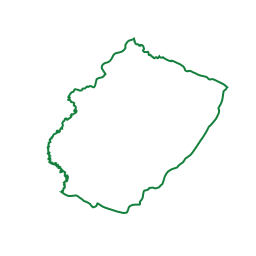 the district of Romeas Haek, Svay Rieng, Cambodia, rotated 215°
{"feature_id": "14789045B82732978056422", "entity_name": "Romeas Haek", "entity_type": "district", "adm_level": 2, "iso_a3": "KHM", "parent_name": "Cambodia", "parent_adm1": "Svay Rieng", "projection": "albers", "projection_center": [105.801, 11.431], "detail": "fine", "context": "isolated", "style": "outline", "palette": "green", "viewbox_px": 256, "rotation_deg": 215, "n_neighbors": 0, "source": "geoboundaries", "source_scale": "gbopen_adm2", "svg_char_len": 5823}
<svg xmlns="http://www.w3.org/2000/svg" viewBox="0 0 256 256"><g transform="rotate(215 128 128)"><path d="M63.3,131.3L63.3,133.7L63.5,135.4L63.2,136.5L61.5,141.3L61.3,142.4L61.1,144.8L61.1,151.6L61.3,155.5L61.2,156.7L61.4,158.9L61.3,162.6L61.5,167.0L61.8,170.8L62.5,175.6L62.2,176.4L61.6,180.0L61.2,185.8L61.4,187.8L62.1,191.8L62.4,192.9L63.5,194.8L65.0,195.8L65.4,196.6L65.8,201.1L66.4,203.3L66.5,204.1L67.7,206.8L70.5,212.3L70.6,212.8L70.7,213.4L70.1,215.5L70.0,216.2L70.2,217.9L70.1,218.3L73.4,218.6L75.0,218.6L85.4,217.0L86.8,216.5L87.8,215.7L88.5,214.9L89.5,214.4L90.9,214.5L92.6,214.9L93.8,214.6L95.1,214.0L98.6,212.6L101.5,211.8L104.1,211.5L107.1,210.8L108.2,210.8L109.3,210.6L110.6,209.9L111.1,209.5L111.5,208.8L112.9,208.1L113.6,208.0L114.2,208.1L116.2,209.5L117.9,210.1L122.0,210.1L124.7,209.5L127.9,209.0L130.4,208.4L130.8,208.2L130.8,207.6L132.3,206.9L133.6,206.5L136.9,206.0L139.3,205.9L140.0,206.0L140.2,205.3L141.4,204.5L142.4,204.3L143.5,204.7L143.5,202.4L143.8,202.1L144.5,202.1L144.7,202.4L145.6,202.0L145.9,201.8L146.3,200.4L146.5,200.2L147.1,200.1L147.8,200.4L148.5,200.1L148.7,200.3L149.6,200.5L150.3,200.3L151.4,200.8L151.8,200.7L152.3,199.9L152.7,199.8L153.7,200.5L154.7,201.7L155.1,201.8L155.4,201.8L155.8,201.5L156.5,200.7L157.1,200.4L157.8,199.8L158.2,199.6L159.5,199.7L160.1,200.0L160.3,200.7L160.1,201.7L160.8,202.5L162.0,203.4L162.9,203.9L163.2,203.9L163.7,203.8L164.3,203.9L165.0,203.5L165.0,202.7L165.7,202.7L165.8,202.2L166.0,201.9L166.7,202.2L167.7,202.3L168.3,202.1L169.0,201.4L169.4,201.3L170.1,201.4L171.5,202.3L172.3,202.5L172.4,203.0L172.9,203.5L173.3,203.7L174.3,204.6L174.6,203.6L177.3,200.1L177.6,199.4L177.8,198.4L177.9,197.3L177.8,194.8L177.5,194.0L176.5,192.8L176.0,191.9L175.9,191.3L176.0,189.6L176.8,187.2L178.2,185.2L179.5,183.8L180.2,183.1L181.0,182.1L181.5,180.8L181.7,179.4L181.2,175.5L181.2,173.3L181.5,171.8L182.1,170.4L182.9,169.5L184.3,167.6L184.9,166.0L185.0,164.3L184.7,163.5L184.2,162.4L183.1,161.6L181.0,160.7L178.3,159.6L177.5,159.4L177.3,158.9L177.6,158.5L177.7,158.0L177.6,157.0L177.8,155.9L178.2,154.8L180.4,152.4L181.7,150.2L181.3,148.9L179.4,144.2L179.2,143.3L179.2,141.9L179.6,141.6L180.2,141.3L182.0,141.1L182.8,140.8L183.5,140.3L183.9,139.1L184.3,138.7L185.0,138.7L185.3,138.4L185.5,138.0L185.8,136.3L186.0,135.6L187.5,134.5L187.8,134.1L187.5,132.5L188.2,131.5L188.8,131.1L191.6,130.3L193.6,129.4L193.8,128.9L193.8,128.3L193.6,127.3L193.5,126.4L193.9,125.8L194.5,125.2L194.7,124.6L194.9,123.0L194.7,120.8L194.7,119.5L194.5,119.1L193.4,119.6L193.1,119.5L192.9,119.0L192.9,118.2L193.3,117.2L193.2,116.8L192.6,116.9L191.3,117.6L190.9,117.6L189.5,116.6L187.9,117.4L186.8,117.6L186.3,117.5L185.9,116.8L185.6,115.8L185.3,115.4L184.8,115.4L183.7,115.6L183.3,115.5L182.8,115.2L182.5,114.8L182.2,114.2L181.8,112.6L182.0,111.6L181.9,111.2L181.5,111.3L181.1,112.5L180.6,112.8L180.2,112.7L179.6,111.9L179.5,111.3L179.6,110.6L180.5,108.8L180.9,107.4L182.1,106.9L182.1,105.4L181.0,105.0L181.0,104.5L181.2,103.2L182.0,101.5L182.4,100.0L183.1,99.8L183.9,100.4L184.6,100.0L184.8,99.3L184.4,97.5L184.4,97.1L184.8,96.3L184.6,94.3L184.4,94.0L184.0,93.8L183.1,93.1L182.7,92.4L182.4,90.7L182.0,90.3L181.6,89.7L182.8,89.2L182.5,86.9L181.9,86.0L181.9,85.5L182.4,84.7L183.1,84.4L183.5,84.8L183.7,85.3L184.1,85.5L184.5,85.0L184.6,84.6L183.9,83.7L183.6,83.5L183.5,83.1L183.9,82.5L184.0,82.0L184.9,80.8L185.1,79.9L185.1,79.1L184.7,77.8L184.7,77.4L185.3,76.6L185.2,76.3L184.6,75.7L184.8,75.1L185.2,74.9L185.4,74.5L185.4,73.6L185.2,73.1L184.3,72.7L183.6,72.0L184.5,70.4L183.8,69.8L183.2,67.9L182.9,67.6L182.2,67.5L182.6,66.6L182.6,65.9L182.3,65.6L181.5,65.6L181.1,64.9L180.9,64.2L179.6,62.9L178.1,62.7L178.0,62.1L178.7,62.1L179.1,61.3L179.0,61.0L178.4,61.1L176.5,60.7L176.8,60.5L176.8,60.2L176.0,59.4L174.5,58.6L174.8,58.2L175.5,57.9L175.5,57.1L175.2,56.8L174.7,57.2L173.9,57.1L173.8,57.4L173.2,57.3L173.0,56.4L173.1,55.4L172.7,54.8L172.4,54.8L171.0,55.8L170.7,55.0L170.0,55.1L170.2,55.4L170.2,55.8L169.6,56.0L167.9,55.7L167.6,55.9L167.8,56.2L167.3,56.5L167.4,56.9L167.8,57.0L167.4,57.6L166.8,57.8L166.8,57.3L166.4,57.0L166.0,56.9L165.7,56.2L165.2,56.4L164.3,57.6L163.8,57.3L163.9,55.8L163.3,55.9L162.6,56.3L161.7,57.1L161.4,57.1L161.8,55.9L161.7,55.4L161.3,55.5L160.6,56.3L158.5,56.0L157.7,55.8L158.0,55.3L158.4,55.7L158.7,55.4L158.6,53.8L158.0,53.0L157.2,53.8L157.6,54.1L157.7,54.7L157.3,55.2L156.9,55.5L156.6,55.6L154.0,55.6L153.5,54.2L152.9,53.6L152.5,52.7L152.2,52.6L151.0,52.3L150.9,52.7L150.4,52.8L150.1,53.4L150.6,53.5L150.8,53.8L150.7,54.2L149.5,53.8L148.8,52.9L148.6,52.4L149.0,52.7L149.4,52.5L149.5,51.9L149.7,51.4L148.9,50.4L148.5,50.3L148.0,50.6L147.7,50.0L147.7,49.2L148.5,49.2L148.8,48.5L148.9,47.3L149.2,46.5L148.8,46.4L148.3,46.0L148.1,45.1L147.8,44.6L147.4,44.6L147.3,45.3L147.0,45.0L146.8,44.2L145.9,43.5L145.7,43.1L145.7,42.5L146.0,42.3L146.2,41.9L146.1,41.2L145.7,40.8L145.5,40.0L145.6,39.6L145.3,39.3L145.8,38.9L145.9,38.5L145.1,38.3L144.9,38.1L144.9,37.7L145.3,37.4L141.7,37.4L139.8,37.7L138.0,38.1L136.3,39.1L132.1,42.8L131.0,43.2L129.4,43.3L127.5,43.2L125.8,43.3L124.2,43.2L122.5,42.9L118.8,43.8L115.6,44.0L112.7,43.1L111.1,43.0L109.9,44.5L109.3,45.8L109.3,46.9L109.8,48.6L109.2,48.9L108.0,49.0L104.7,49.0L102.5,49.3L100.5,49.8L88.8,53.4L83.1,55.7L82.2,56.3L81.5,57.1L81.0,57.5L80.6,57.9L80.5,58.6L80.9,60.8L81.8,63.4L81.7,64.4L81.4,65.6L80.7,66.8L79.8,67.9L77.6,69.8L74.8,71.7L74.5,72.4L74.8,73.1L75.6,73.9L76.0,74.5L75.8,75.6L75.8,78.2L76.1,79.6L77.4,82.0L78.6,84.8L78.8,85.3L78.7,85.9L78.3,86.5L76.9,88.0L76.4,88.8L76.0,89.8L76.3,90.2L76.2,90.7L75.9,91.4L75.0,92.1L73.6,93.3L73.1,93.6L71.7,93.9L71.0,94.2L69.8,95.5L68.7,97.1L68.4,97.9L68.4,99.5L67.7,101.6L68.1,103.5L70.1,109.6L70.4,113.3L70.2,115.3L69.4,117.5L68.5,119.3L68.0,120.0L65.3,123.6L65.1,124.0L65.1,125.9L64.8,127.1L63.8,130.3L63.3,131.3Z" fill="none" stroke="#15803d" stroke-width="2"/></g></svg>